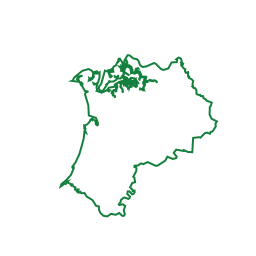 the district of Marcovia, Choluteca, Honduras, rotated 33°
{"feature_id": "27666195B6766243724539", "entity_name": "Marcovia", "entity_type": "district", "adm_level": 2, "iso_a3": "HND", "parent_name": "Honduras", "parent_adm1": "Choluteca", "projection": "albers", "projection_center": [-87.416, 13.249], "detail": "fine", "context": "isolated", "style": "outline", "palette": "green", "viewbox_px": 256, "rotation_deg": 33, "n_neighbors": 0, "source": "geoboundaries", "source_scale": "gbopen_adm2", "svg_char_len": 5652}
<svg xmlns="http://www.w3.org/2000/svg" viewBox="0 0 256 256"><g transform="rotate(33 128 128)"><path d="M134.7,41.0L132.0,41.4L131.0,44.2L132.2,44.1L133.0,46.2L128.8,49.3L129.4,56.1L125.9,60.2L123.1,60.5L116.2,59.0L114.4,59.4L109.9,66.3L106.9,69.0L103.8,68.6L100.2,66.0L98.0,65.4L94.4,66.8L90.1,66.2L88.0,67.2L88.2,73.5L91.2,78.0L92.2,76.7L91.4,75.5L91.7,74.0L89.1,71.6L92.0,73.7L91.6,75.4L92.2,76.2L94.7,74.8L97.6,74.9L100.0,77.1L101.0,76.7L100.1,77.6L101.8,78.9L103.5,77.5L102.4,73.9L103.8,72.4L104.5,72.6L102.9,73.9L103.8,76.6L105.1,74.8L106.7,74.4L106.4,73.9L110.1,76.2L110.8,77.7L115.2,75.2L115.4,76.0L116.6,76.1L115.9,76.3L116.4,78.1L117.4,78.4L117.9,79.1L116.8,78.5L116.6,79.6L117.9,79.4L120.2,75.7L123.7,74.6L123.8,73.9L124.6,73.4L126.7,73.4L127.8,74.3L125.7,73.4L124.1,73.8L123.8,75.0L119.6,76.8L118.9,78.2L119.7,79.7L118.9,78.6L118.0,80.2L116.4,80.0L118.8,82.5L119.1,85.9L120.7,87.3L120.2,88.2L118.3,88.0L117.1,89.1L116.7,88.2L120.5,87.5L118.8,86.5L118.3,82.8L117.7,82.5L116.7,83.4L117.3,82.3L116.0,82.1L115.6,78.1L114.5,76.6L110.9,78.6L111.0,80.5L112.0,81.7L110.7,80.9L110.3,78.4L106.7,75.5L105.4,76.4L105.7,77.7L105.3,76.6L104.1,78.7L101.1,79.7L100.8,80.4L97.7,76.7L94.2,76.5L92.9,79.2L94.0,82.9L100.6,83.2L95.2,83.3L95.2,87.2L100.0,86.5L102.4,87.8L103.2,84.2L107.5,82.5L108.3,83.2L108.8,86.5L109.8,85.8L109.8,83.8L112.3,84.8L111.2,86.7L112.7,88.0L112.4,89.2L110.5,89.2L110.4,90.4L110.4,89.0L112.1,88.0L110.3,85.9L109.3,86.9L108.0,86.6L107.5,83.6L106.4,86.5L104.5,86.1L103.7,87.0L104.0,89.2L105.9,87.3L107.5,88.8L108.8,88.5L108.1,91.2L109.1,92.3L107.5,91.2L106.8,92.2L107.3,94.2L106.6,93.5L106.3,94.7L105.4,93.8L102.7,93.9L99.5,89.9L97.6,91.9L99.8,92.6L100.3,93.8L97.3,92.1L95.7,93.9L98.0,94.5L99.2,97.0L102.7,98.7L103.7,100.4L104.9,100.8L103.7,100.6L102.3,98.7L99.2,97.7L98.1,95.2L97.2,94.8L95.4,95.0L93.9,97.2L93.1,99.8L94.5,98.2L95.7,98.3L96.7,99.4L97.7,103.4L98.8,103.1L97.9,103.8L97.3,103.1L95.5,104.8L97.7,108.4L99.6,108.3L100.7,109.6L98.8,108.4L97.5,108.9L95.6,105.4L95.1,106.3L95.9,108.6L94.8,106.7L95.3,104.0L97.0,102.8L95.3,98.8L94.1,100.9L89.9,104.6L89.8,106.8L92.4,106.2L91.8,108.6L91.5,107.0L90.2,107.1L86.7,112.7L81.5,113.9L81.6,113.2L79.4,111.0L78.2,107.4L77.6,108.7L75.7,110.0L74.6,109.2L77.1,108.8L78.1,105.9L76.5,100.9L73.9,96.8L73.2,98.6L69.5,101.2L70.9,103.6L72.2,103.2L71.0,104.0L71.5,105.7L70.6,108.0L68.7,107.6L69.6,108.5L69.6,109.0L69.3,109.5L68.6,107.4L69.7,106.5L70.5,107.6L71.1,105.7L69.1,101.0L72.9,97.8L70.9,97.5L68.2,100.6L66.6,99.7L62.9,100.0L58.6,104.8L55.4,114.9L55.8,118.2L55.2,119.1L60.6,116.5L59.1,114.3L59.0,115.5L58.1,113.3L59.2,112.3L58.4,111.8L60.6,109.4L61.4,109.1L58.7,111.7L59.5,112.2L58.6,113.5L64.4,117.0L64.1,115.3L65.6,115.5L66.0,116.2L65.0,116.9L71.5,120.4L75.0,119.1L73.3,120.9L73.4,123.0L82.4,130.6L88.3,138.8L95.5,137.0L99.4,139.6L101.0,141.7L100.8,142.5L99.1,142.4L96.9,139.9L93.3,139.7L93.5,140.8L92.4,140.5L92.0,141.8L92.5,142.8L91.9,146.9L90.5,149.1L91.0,149.9L90.0,149.9L92.2,153.0L91.9,151.3L92.6,151.5L93.9,154.7L94.9,154.4L95.5,154.9L93.8,154.8L92.8,153.5L96.8,161.5L101.5,176.5L102.7,185.5L102.4,191.0L103.1,191.5L103.8,190.5L104.4,191.2L105.7,198.5L104.7,205.2L102.7,211.3L103.4,213.8L104.6,210.7L103.8,209.6L106.3,208.9L106.0,206.6L106.8,205.4L106.7,206.8L109.8,206.2L111.8,207.0L111.6,204.7L111.9,205.6L114.3,206.8L116.2,206.4L117.0,208.4L120.0,206.5L120.3,207.5L119.1,208.7L120.8,209.4L122.5,208.6L121.9,208.2L123.4,206.8L123.0,208.0L124.5,208.1L126.9,206.2L130.7,208.0L137.5,207.8L143.4,210.6L146.3,209.7L148.2,212.3L150.9,214.2L155.2,215.0L158.7,213.5L160.5,209.3L164.9,207.5L167.0,204.0L170.8,204.8L172.3,204.1L172.4,202.1L169.2,199.2L168.1,194.9L165.1,194.8L162.8,197.3L161.9,197.1L162.1,194.2L161.3,192.2L162.2,189.2L163.1,188.1L166.9,187.3L167.5,186.0L167.0,184.4L163.4,183.8L162.3,181.3L163.7,180.4L167.6,181.4L168.5,180.3L168.6,178.4L167.6,177.0L166.3,178.4L165.6,177.4L162.1,176.7L161.5,171.8L163.5,169.6L160.3,166.1L159.0,166.0L158.4,159.7L157.2,157.4L156.3,156.7L154.6,157.2L154.1,156.0L156.7,154.1L158.2,150.6L160.5,150.0L163.0,145.9L171.9,144.6L173.4,143.3L177.0,135.1L176.7,130.6L182.4,129.6L184.8,127.0L184.4,125.5L179.9,124.0L180.2,119.9L187.3,116.9L187.0,116.1L191.1,115.5L195.1,113.3L188.0,100.8L192.5,97.1L194.0,96.6L195.3,90.4L196.9,88.8L199.8,88.2L199.4,86.4L200.8,84.7L200.8,78.9L199.0,76.7L199.0,74.1L193.1,74.7L189.2,72.4L185.1,65.7L185.4,64.4L184.4,61.1L178.8,62.3L178.0,61.7L175.0,61.8L173.6,60.4L171.5,61.6L170.4,60.9L169.0,61.9L166.9,62.1L164.7,58.9L162.4,58.0L161.6,58.7L159.4,58.2L159.8,57.6L158.2,56.2L157.1,53.0L154.6,52.4L151.8,52.9L151.3,52.0L151.9,51.2L150.3,52.0L147.9,48.5L146.6,50.2L144.8,49.3L144.0,47.4L142.3,47.7L139.3,46.6L139.4,45.3L138.5,45.0L138.1,45.8L137.7,45.1L140.0,43.9L136.7,44.0L136.7,42.7L134.7,41.0ZM83.2,77.5L83.7,82.3L82.7,83.8L82.5,86.9L81.5,89.1L79.9,90.4L80.6,91.3L84.0,89.0L83.6,87.1L85.1,88.8L82.3,91.0L82.4,92.7L86.2,93.5L85.9,94.8L85.2,95.8L85.7,93.8L83.5,94.9L84.8,94.0L82.3,93.0L81.9,91.5L77.4,92.4L81.5,105.6L81.1,109.0L82.0,110.9L84.1,111.7L85.8,111.3L86.7,110.1L86.8,103.1L86.2,103.1L87.3,99.6L85.9,98.9L87.4,99.0L87.9,98.0L87.7,99.0L90.6,96.8L92.0,93.6L91.3,92.1L89.0,92.3L88.7,91.8L91.4,91.5L91.1,88.7L92.2,92.1L94.8,90.6L95.0,85.2L93.2,82.9L90.1,84.1L93.0,82.6L93.0,80.1L89.3,79.8L91.5,81.4L91.5,82.5L90.9,83.0L89.7,81.8L87.5,81.2L88.4,80.9L91.2,82.5L91.1,81.5L89.0,80.1L89.7,78.9L87.8,76.3L83.4,74.3L82.5,75.0L83.0,76.6L83.9,76.9L83.9,77.6L83.2,77.5ZM97.7,89.1L99.7,88.6L101.2,89.6L101.9,89.0L102.5,89.9L101.5,90.2L103.1,91.5L103.4,90.6L104.0,90.8L103.9,92.4L106.2,89.6L105.6,88.9L103.9,89.5L103.2,87.9L100.8,88.3L99.4,87.3L96.0,88.3L97.7,89.1Z" fill="none" stroke="#15803d" stroke-width="2"/></g></svg>